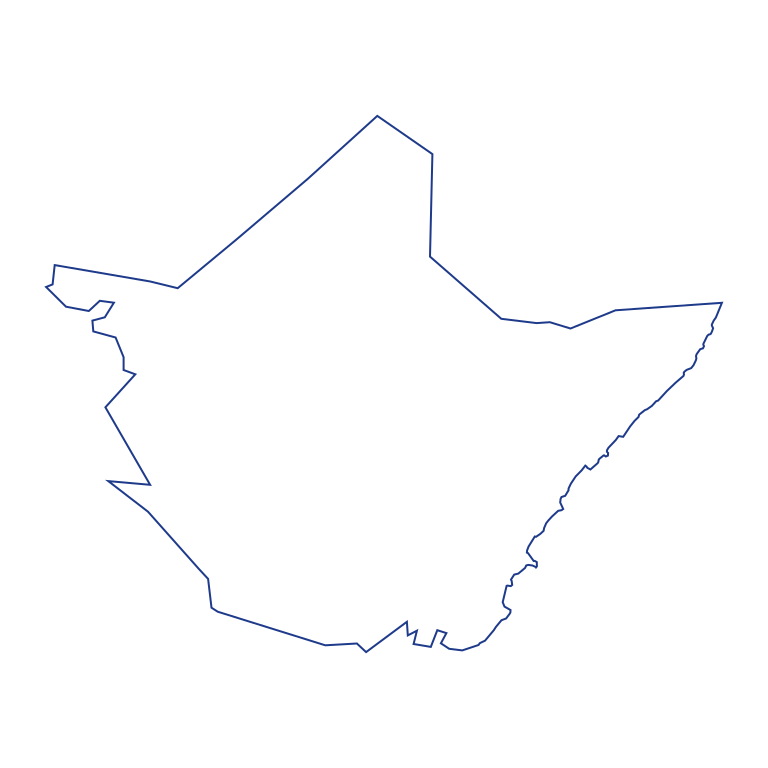 the district of Greenbrier, West Virginia, United States of America
{"feature_id": "52423323B57989185183638", "entity_name": "Greenbrier", "entity_type": "district", "adm_level": 2, "iso_a3": "USA", "parent_name": "United States of America", "parent_adm1": "West Virginia", "projection": "albers", "projection_center": [-80.27, 37.976], "detail": "fine", "context": "isolated", "style": "outline", "palette": "blue", "viewbox_px": 768, "rotation_deg": 0, "n_neighbors": 0, "source": "geoboundaries", "source_scale": "gbopen_adm2", "svg_char_len": 2074}
<svg xmlns="http://www.w3.org/2000/svg" viewBox="0 0 768 768"><path d="M54.7,265.1L52.6,284.4L46.1,287.0L66.0,306.7L88.8,311.0L99.8,300.8L113.9,302.7L104.8,317.3L92.4,320.6L93.3,331.4L115.6,337.5L123.6,357.2L123.6,370.0L135.3,374.3L105.4,407.3L150.1,484.8L108.3,481.1L148.0,511.7L199.2,569.3L208.1,578.9L211.5,607.7L217.7,611.7L325.3,645.3L356.9,643.5L366.1,652.1L406.9,621.8L407.8,635.4L416.9,630.7L413.6,644.0L430.8,646.9L437.3,630.2L446.4,633.1L440.9,643.3L449.2,648.8L462.3,650.4L478.5,645.0L479.9,643.1L485.0,640.7L493.8,630.2L496.0,626.8L501.5,620.2L506.1,618.5L509.8,613.6L510.4,612.4L510.5,610.0L504.5,606.6L502.7,602.2L506.6,585.9L507.3,585.6L510.8,586.1L512.2,584.9L511.7,581.1L511.0,579.6L514.2,574.6L518.3,573.6L525.1,567.9L526.2,565.5L528.3,564.9L532.5,565.5L535.5,566.9L536.0,567.5L536.3,567.2L536.9,566.2L536.8,562.1L534.8,560.9L533.7,561.0L528.0,553.1L526.9,552.6L527.1,550.4L528.6,546.5L534.8,536.5L536.0,536.8L536.5,536.5L540.3,533.9L543.6,530.8L544.1,528.1L546.2,523.2L548.6,520.2L552.2,516.3L558.2,510.8L561.5,510.2L563.2,509.0L560.2,502.5L560.6,498.9L561.5,497.0L565.2,495.8L568.5,490.3L568.6,488.4L570.8,483.8L575.7,476.4L581.7,470.3L585.3,465.6L586.5,466.5L587.3,467.8L590.4,469.5L597.6,463.2L598.3,462.1L598.7,459.8L599.3,458.9L603.6,455.4L604.1,455.3L605.8,456.5L607.9,455.6L608.1,453.0L606.9,451.7L607.0,450.2L608.5,447.7L615.8,440.0L618.6,436.1L623.2,436.8L630.2,426.3L634.6,420.8L638.5,417.0L639.2,414.6L644.9,410.1L647.0,409.3L652.0,405.8L652.3,405.4L656.2,401.2L658.1,400.6L666.9,391.0L675.6,382.7L683.5,375.9L684.0,374.3L683.7,373.0L684.2,371.9L686.6,369.9L691.2,368.1L693.5,365.2L695.8,360.5L696.4,358.4L696.0,356.1L696.6,354.2L700.2,349.2L703.0,348.3L704.0,346.1L703.3,344.7L703.4,343.8L707.2,336.0L708.6,334.6L709.8,334.4L710.9,333.7L712.0,331.4L713.1,328.2L711.9,325.7L711.8,324.6L713.7,320.6L715.9,317.5L721.9,302.8L615.5,310.3L570.5,328.5L549.8,322.2L536.6,323.1L501.3,318.8L430.0,256.6L432.4,154.1L377.3,115.9L307.7,178.9L269.0,211.8L236.9,239.1L177.7,288.2L150.3,281.5L54.7,265.1Z" fill="none" stroke="#1e3a8a" stroke-width="2"/></svg>